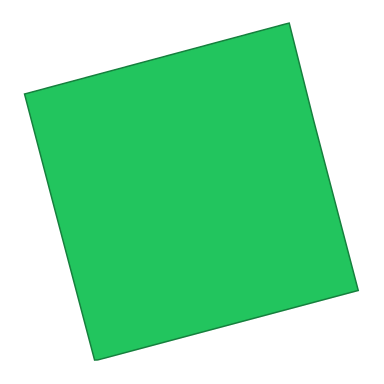 the district of Russell, Kansas, United States of America, rotated 165°
{"feature_id": "52423323B78124192101177", "entity_name": "Russell", "entity_type": "district", "adm_level": 2, "iso_a3": "USA", "parent_name": "United States of America", "parent_adm1": "Kansas", "projection": "mercator", "projection_center": [-98.732, 38.915], "detail": "fine", "context": "isolated", "style": "filled", "palette": "green", "viewbox_px": 384, "rotation_deg": 165, "n_neighbors": 0, "source": "geoboundaries", "source_scale": "gbopen_adm2", "svg_char_len": 271}
<svg xmlns="http://www.w3.org/2000/svg" viewBox="0 0 384 384"><g transform="rotate(165 192 192)"><path d="M326.5,54.2L56.9,53.9L56.0,229.4L54.4,330.0L59.2,330.1L328.4,330.0L329.0,220.1L329.6,54.9L326.5,54.2Z" fill="#22c55e" stroke="#15803d" stroke-width="1.5"/></g></svg>